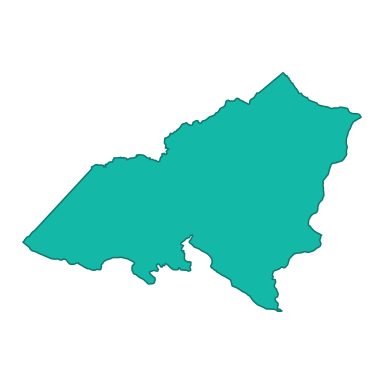 the district of Abangares, Guanacaste, Costa Rica
{"feature_id": "36466004B17800837418236", "entity_name": "Abangares", "entity_type": "district", "adm_level": 2, "iso_a3": "CRI", "parent_name": "Costa Rica", "parent_adm1": "Guanacaste", "projection": "orthographic", "projection_center": [-85.008, 10.251], "detail": "fine", "context": "isolated", "style": "filled", "palette": "teal", "viewbox_px": 384, "rotation_deg": 0, "n_neighbors": 0, "source": "geoboundaries", "source_scale": "gbopen_adm2", "svg_char_len": 6050}
<svg xmlns="http://www.w3.org/2000/svg" viewBox="0 0 384 384"><path d="M257.0,93.0L254.0,97.7L251.5,99.1L250.2,100.3L249.9,101.1L249.6,103.3L249.1,104.2L248.2,104.2L246.5,103.1L243.3,101.6L243.0,101.2L240.0,100.1L238.9,98.9L237.9,98.4L236.6,98.4L234.4,100.7L233.1,101.1L230.3,101.1L228.1,100.3L227.3,100.4L226.3,101.1L225.9,101.8L225.1,105.5L223.6,106.8L220.1,108.6L218.4,111.6L217.6,112.4L216.6,112.6L215.9,113.0L215.4,113.6L215.2,114.3L213.6,115.6L209.6,116.9L205.5,120.2L202.4,121.1L201.1,123.1L200.3,123.2L198.9,122.7L198.5,122.2L197.7,120.6L197.1,120.6L196.0,120.8L193.3,122.2L193.0,122.7L192.6,124.7L191.6,125.3L190.8,125.3L188.3,124.5L186.7,122.9L185.8,122.9L184.7,123.6L183.1,123.8L182.5,124.2L181.6,125.0L180.3,127.3L178.4,129.0L177.2,129.8L176.4,131.1L174.3,132.0L172.8,133.7L170.3,133.4L169.6,135.6L168.3,136.8L164.8,138.4L164.4,143.1L165.9,145.1L165.5,148.0L167.8,148.5L168.6,148.8L168.6,149.1L167.1,150.3L166.3,151.5L166.8,152.7L166.5,154.3L165.6,154.5L164.8,154.4L164.6,153.5L162.7,153.6L162.0,154.0L161.9,156.4L161.6,156.8L160.6,157.3L160.5,158.2L160.1,159.0L159.7,161.0L158.3,161.9L155.5,160.4L154.0,160.2L152.6,159.5L149.9,159.4L150.0,158.0L148.0,158.1L147.4,157.9L145.6,156.7L144.6,155.8L143.5,155.2L140.0,154.8L138.2,154.8L136.5,155.2L136.4,155.4L137.3,156.0L136.5,156.8L135.6,157.0L134.6,157.6L133.3,158.0L130.6,158.0L127.6,159.6L126.9,159.6L126.8,158.8L126.4,158.4L125.3,158.2L124.2,157.7L122.0,157.9L120.6,157.3L120.0,157.8L118.9,157.6L117.4,158.0L114.1,157.9L113.9,158.8L113.1,159.8L113.0,161.0L112.3,161.9L110.1,162.0L109.0,162.3L108.1,163.1L107.6,164.0L105.5,164.4L105.7,166.8L103.8,166.8L103.8,165.5L103.0,165.5L101.2,165.0L98.8,165.2L97.4,164.7L96.3,164.7L94.7,165.2L93.4,166.2L91.9,166.8L91.5,167.1L91.5,169.2L35.0,230.2L32.1,232.4L29.9,235.5L28.9,236.4L27.9,236.6L26.8,237.4L25.0,239.5L24.3,240.7L23.0,242.2L29.4,247.4L30.4,249.4L32.0,250.7L36.1,251.9L38.7,253.3L50.0,258.1L50.8,258.6L54.5,259.1L58.5,259.0L59.5,259.8L61.1,260.1L61.9,260.0L62.7,259.2L65.1,259.2L66.7,260.3L68.1,262.5L70.2,264.2L73.8,264.3L76.5,263.2L78.3,262.8L78.6,263.6L79.3,264.2L82.9,266.1L84.4,267.2L85.6,267.6L87.1,268.6L88.9,268.6L91.1,269.7L92.8,270.2L95.1,270.1L96.7,269.4L99.4,269.7L100.7,269.5L100.9,268.5L101.4,267.6L101.3,265.0L104.3,261.2L106.4,260.0L111.1,258.5L112.2,257.8L113.2,257.6L118.9,257.6L120.0,257.3L121.3,257.3L127.8,258.9L132.0,261.1L133.4,261.7L134.5,263.0L134.3,263.9L132.2,265.9L132.0,267.7L132.0,270.1L133.4,273.3L134.3,274.0L135.5,274.3L136.2,274.7L139.1,277.2L143.5,279.4L148.4,284.0L152.7,283.7L153.8,283.2L154.4,282.4L155.2,279.7L154.9,277.8L153.0,276.5L150.6,274.3L149.6,273.0L149.6,272.3L150.2,271.7L153.1,270.6L155.0,270.6L156.8,271.2L157.7,271.0L158.4,269.6L156.6,266.8L156.6,265.9L156.9,264.7L157.9,263.9L158.5,263.9L159.1,264.4L160.1,265.6L160.7,266.8L161.2,267.0L162.3,266.9L162.3,266.0L162.7,265.2L163.0,265.1L163.7,265.7L164.3,265.7L164.6,265.5L165.2,263.8L166.4,264.0L168.1,265.1L169.9,267.2L172.6,269.4L174.3,269.8L176.8,269.8L178.0,269.6L178.5,268.0L179.5,267.9L179.8,268.0L180.3,269.6L181.8,270.0L186.2,270.2L188.4,271.1L189.9,270.8L190.7,270.2L190.6,269.0L189.7,267.6L189.6,267.1L190.8,265.5L190.9,262.2L189.3,261.6L188.5,261.9L187.7,261.9L185.7,260.8L184.7,259.7L184.4,259.1L184.4,257.7L184.6,253.5L184.2,253.0L183.1,252.4L183.2,252.0L183.8,251.6L183.6,250.6L182.0,250.7L181.3,250.4L181.4,249.5L181.7,248.7L183.4,245.5L181.8,244.9L180.8,244.2L180.7,243.3L181.0,242.9L184.4,240.6L185.7,238.9L187.9,237.9L189.1,237.7L190.5,235.3L192.6,235.2L192.5,236.2L190.8,239.5L189.3,241.5L189.3,242.4L192.5,245.1L194.1,246.9L199.5,249.1L201.3,250.6L206.8,253.3L209.0,255.2L211.0,257.5L212.1,260.2L212.1,262.7L211.6,264.3L210.8,265.7L210.8,266.5L211.2,267.5L213.2,268.7L214.3,269.9L216.1,271.0L217.3,272.2L220.2,273.8L221.6,274.9L224.4,276.2L230.3,279.7L231.3,282.1L232.0,285.5L232.5,286.1L236.5,287.7L239.9,289.7L242.2,291.4L246.0,293.2L247.9,295.0L250.0,296.2L252.2,299.7L254.0,301.6L256.8,304.1L258.0,304.9L263.5,307.4L265.5,308.5L266.0,308.9L273.5,309.2L276.0,309.9L277.8,311.3L282.4,311.1L281.3,310.7L280.6,310.1L280.1,309.3L277.8,309.2L277.6,308.9L277.5,306.6L278.1,305.1L278.1,303.7L277.5,302.7L275.8,301.1L275.0,299.4L275.2,298.2L275.5,297.8L277.0,297.1L277.6,296.5L278.2,294.3L277.8,292.6L276.9,291.1L276.6,289.4L275.0,287.6L274.2,286.3L274.3,285.6L274.9,283.7L275.6,282.5L275.4,280.1L275.2,279.7L272.1,278.9L272.1,278.5L273.2,276.9L273.1,276.3L272.2,275.5L272.8,273.1L273.3,271.8L274.2,270.8L279.0,269.1L281.1,267.3L283.0,267.2L283.6,267.8L284.5,267.8L285.6,267.1L287.7,264.5L289.5,258.6L294.1,253.9L297.4,253.0L299.4,253.0L301.0,252.8L304.2,251.8L305.6,251.8L307.9,252.4L309.1,252.2L313.6,250.7L314.4,250.2L316.9,248.0L318.4,247.4L320.1,246.2L320.9,244.2L320.9,243.3L319.9,241.0L319.9,239.4L320.5,238.4L320.6,237.0L321.5,235.1L315.4,231.8L313.3,230.3L312.6,229.2L311.4,228.3L310.2,226.3L308.6,225.3L308.4,223.3L308.7,220.0L310.7,216.2L311.1,215.9L312.1,214.7L313.9,213.5L315.6,213.0L316.9,212.1L317.6,210.4L317.8,209.2L317.8,206.9L318.9,203.5L319.7,202.7L320.3,201.5L321.5,200.7L322.1,199.9L322.7,198.6L323.2,196.8L323.9,195.6L323.7,193.6L323.7,191.9L323.4,190.6L323.4,187.5L322.9,185.4L323.3,182.6L322.8,181.8L323.7,179.9L328.2,174.4L329.3,170.0L331.2,164.4L332.2,163.5L336.3,162.7L342.2,160.7L343.7,159.2L346.0,155.8L346.6,154.5L346.4,151.3L346.6,149.4L347.2,147.9L347.0,146.0L346.2,143.3L346.4,139.1L346.5,137.9L347.7,134.8L348.3,131.6L350.0,128.9L351.8,124.5L353.4,121.8L361.0,117.3L359.5,114.5L357.7,113.9L352.3,113.5L350.2,112.7L348.7,111.2L347.6,108.6L346.6,108.2L341.4,107.2L340.5,107.2L339.6,107.2L338.4,108.0L334.0,107.9L333.1,108.3L331.8,108.6L329.7,108.0L327.9,107.0L325.0,106.6L318.6,105.1L317.8,104.5L317.1,103.3L316.6,103.0L309.4,100.3L308.7,99.9L307.2,97.5L306.0,97.5L303.2,95.9L302.4,95.3L301.3,93.4L299.2,93.5L298.8,93.1L298.1,91.5L296.6,89.1L295.9,88.3L294.8,87.5L294.6,86.3L293.2,84.9L292.8,83.4L291.8,82.9L290.7,81.7L290.5,80.9L289.6,79.9L288.8,78.0L287.4,76.9L287.0,75.8L285.5,75.9L285.3,75.0L283.1,72.7L258.8,93.0L257.0,93.0Z" fill="#14b8a6" stroke="#0f766e" stroke-width="1.5"/></svg>